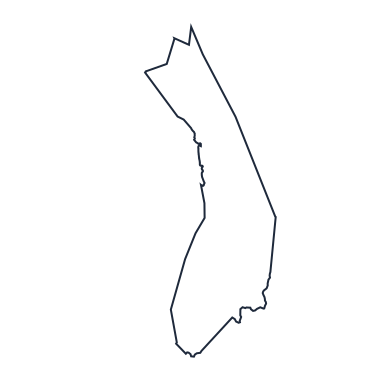 Bexon, Castries, Saint Lucia (Natural Earth projection), rotated 159°
{"feature_id": "8701671B76266155523948", "entity_name": "Bexon", "entity_type": "district", "adm_level": 2, "iso_a3": "LCA", "parent_name": "Saint Lucia", "parent_adm1": "Castries", "projection": "natural_earth1", "projection_center": [-60.975, 13.959], "detail": "fine", "context": "isolated", "style": "outline", "palette": "slate", "viewbox_px": 384, "rotation_deg": 159, "n_neighbors": 0, "source": "geoboundaries", "source_scale": "gbopen_adm2", "svg_char_len": 3953}
<svg xmlns="http://www.w3.org/2000/svg" viewBox="0 0 384 384"><g transform="rotate(159 192 192)"><path d="M255.7,43.2L254.0,44.0L252.7,43.2L251.5,41.1L251.7,38.9L249.2,37.6L247.6,39.2L245.3,39.7L241.9,38.9L240.0,40.3L199.4,60.4L197.6,58.0L197.3,55.3L195.3,53.2L193.9,53.2L193.7,54.5L190.9,57.7L191.1,59.6L188.8,65.3L186.1,66.3L183.8,64.5L182.6,64.7L179.0,63.1L179.0,61.5L177.6,59.1L175.5,58.8L173.2,59.6L169.6,59.9L167.0,57.5L166.3,57.4L164.5,59.8L163.3,60.8L162.8,61.3L162.5,62.8L162.8,64.5L162.3,66.0L162.0,67.9L162.2,70.1L162.2,72.3L161.3,73.5L160.2,74.3L156.9,75.3L154.8,77.6L154.2,79.4L152.0,82.8L149.9,84.1L149.5,86.1L148.6,87.8L147.5,89.2L122.8,138.7L123.0,139.2L123.1,139.3L124.4,246.6L132.6,316.6L133.6,346.4L142.1,330.5L153.4,341.9L153.4,341.5L169.7,320.6L192.5,321.2L192.1,321.0L192.2,320.9L192.4,320.8L192.4,320.7L192.5,320.7L192.8,320.4L193.0,320.3L178.4,267.6L173.8,262.6L169.9,251.8L169.9,250.7L169.5,249.3L169.1,248.3L168.8,247.7L168.6,247.2L168.6,246.0L168.5,245.6L168.7,245.2L169.1,244.2L169.3,243.5L169.7,243.0L170.3,242.2L170.2,241.9L170.1,241.2L170.3,240.8L170.6,240.5L171.3,240.1L171.3,239.8L171.1,239.5L171.1,239.2L170.9,238.8L170.8,238.3L170.3,236.8L170.0,236.5L169.2,235.5L169.0,235.3L168.9,234.9L168.6,234.6L168.4,234.4L168.1,234.5L167.0,234.6L166.8,234.4L166.5,233.7L166.6,233.4L167.0,232.7L167.0,232.4L167.1,232.1L167.2,231.8L167.3,231.6L167.5,231.8L167.6,232.1L167.8,232.4L167.9,232.5L168.0,232.6L168.3,232.7L168.5,232.7L168.8,232.7L169.1,232.6L169.3,232.6L169.5,232.4L169.7,232.2L169.8,232.1L170.0,231.8L170.1,231.6L170.2,231.3L170.2,231.2L170.3,230.9L170.4,230.6L170.4,230.4L170.5,230.3L170.5,230.2L170.6,229.8L170.7,229.7L170.8,229.4L170.9,229.1L171.0,228.9L171.1,228.6L171.2,228.3L171.3,228.1L171.4,227.8L171.4,227.7L171.5,227.5L171.5,227.4L171.6,227.2L171.7,226.9L171.7,226.7L171.8,226.5L171.8,226.4L171.9,226.2L171.9,225.9L172.0,225.8L172.0,225.6L172.1,225.2L172.2,224.9L172.3,224.8L172.3,224.6L172.4,224.4L172.4,224.1L172.5,223.8L172.5,223.7L172.6,223.4L172.7,223.1L172.8,222.8L172.8,222.6L172.9,222.3L173.0,222.1L173.0,221.8L173.1,221.6L173.2,221.3L173.2,221.1L173.3,221.0L173.3,220.8L173.3,220.6L173.4,220.4L173.4,220.1L173.5,219.9L173.5,219.6L173.6,219.3L173.6,219.2L173.6,218.9L173.6,218.7L173.7,218.4L173.8,218.1L173.8,217.9L173.9,217.6L173.9,217.4L174.0,217.1L174.1,216.9L174.1,216.6L174.2,216.4L174.3,216.3L174.3,216.1L174.4,215.9L174.5,215.7L174.6,215.4L174.7,215.2L174.8,214.9L174.9,214.6L174.9,214.4L174.9,214.1L174.8,213.8L174.7,213.7L174.4,213.4L174.2,213.3L173.8,213.3L173.6,213.2L173.4,213.1L173.2,212.9L172.9,212.7L172.8,212.4L172.8,212.1L172.8,211.9L173.0,211.7L173.3,211.6L173.5,211.6L173.8,211.4L174.0,211.1L174.2,210.9L174.3,210.8L174.3,210.6L174.5,210.3L174.5,210.2L174.6,209.8L174.6,209.7L174.6,209.3L174.5,209.2L174.4,209.1L174.3,208.9L174.3,208.7L174.3,208.4L174.2,208.2L174.3,208.0L174.3,207.9L174.3,207.7L174.4,207.4L174.6,207.3L174.7,207.2L174.8,207.1L175.1,207.0L175.1,206.9L175.3,206.8L175.5,206.7L175.8,206.5L175.9,206.4L176.0,206.3L176.1,206.1L176.2,205.8L176.3,205.7L176.4,205.4L176.5,205.2L176.6,204.8L176.6,204.7L176.7,204.3L176.8,204.2L176.9,203.9L176.9,203.7L177.0,203.4L177.0,203.1L177.1,202.9L177.1,202.7L177.2,202.4L177.2,202.2L177.2,201.9L177.2,201.7L177.2,201.4L177.2,201.2L177.2,200.9L177.2,200.6L177.2,200.4L177.2,200.1L177.2,199.9L177.2,199.7L177.2,199.4L177.2,199.1L177.2,198.9L177.2,198.7L177.2,198.3L177.2,198.2L177.2,197.8L177.2,197.7L177.2,197.3L177.2,197.1L177.1,196.8L177.1,196.7L177.0,196.3L177.0,196.2L177.1,195.9L177.2,195.7L177.3,195.6L177.5,195.5L177.6,195.4L177.8,195.2L178.0,194.9L178.4,194.7L178.5,194.6L178.6,194.4L178.7,194.1L178.8,194.1L179.0,193.9L179.3,193.8L179.5,193.8L179.8,193.9L180.0,194.1L180.2,194.3L180.3,194.4L180.4,194.6L180.5,194.7L180.6,194.9L180.7,195.0L180.9,195.1L181.0,195.1L181.1,195.3L184.4,177.1L189.5,163.3L203.5,152.2L222.5,131.8L253.9,89.8L260.1,57.0L261.2,56.1L255.7,43.2Z" fill="none" stroke="#1e293b" stroke-width="2"/></g></svg>